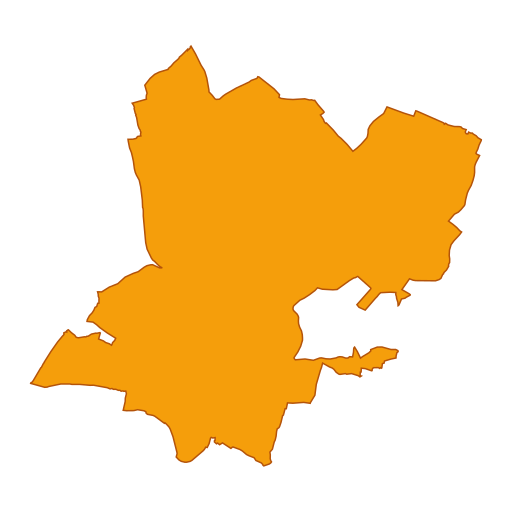 Criseni, Salaj, Romania (Albers equal-area conic projection)
{"feature_id": "2599482B83066193971457", "entity_name": "Criseni", "entity_type": "district", "adm_level": 2, "iso_a3": "ROU", "parent_name": "Romania", "parent_adm1": "Salaj", "projection": "albers", "projection_center": [23.064, 47.251], "detail": "fine", "context": "isolated", "style": "filled", "palette": "amber", "viewbox_px": 512, "rotation_deg": 0, "n_neighbors": 0, "source": "geoboundaries", "source_scale": "gbopen_adm2", "svg_char_len": 6023}
<svg xmlns="http://www.w3.org/2000/svg" viewBox="0 0 512 512"><path d="M361.3,376.0L360.1,375.6L360.3,372.1L361.1,372.0L361.3,368.2L365.3,368.6L371.6,370.8L372.1,370.6L372.2,369.3L372.7,368.4L373.6,367.7L378.3,367.6L379.7,368.4L380.6,367.6L381.3,368.2L381.8,367.9L382.4,363.6L384.1,363.1L384.5,361.0L390.8,359.1L396.0,358.0L396.1,355.9L396.9,352.6L398.1,351.7L397.9,350.6L395.7,349.5L391.0,349.5L382.0,347.0L377.2,347.1L370.7,349.6L370.8,350.9L369.0,352.7L362.7,356.5L360.5,358.1L357.4,351.7L354.6,347.1L354.0,347.7L353.7,348.8L353.5,352.1L352.6,356.9L349.6,356.7L348.0,358.0L345.8,358.1L342.2,356.9L339.9,356.7L338.1,357.0L336.1,357.9L330.2,359.0L326.1,358.8L321.6,357.9L319.7,358.0L313.4,360.3L305.0,359.0L295.3,359.8L294.5,358.9L294.1,358.2L294.1,357.5L297.8,352.0L300.7,346.2L302.5,340.2L302.5,337.9L302.3,334.7L301.5,331.0L299.6,327.1L298.6,323.8L298.4,321.1L298.6,317.6L298.3,316.3L297.1,314.1L293.8,310.8L293.1,309.6L293.0,308.0L293.4,306.4L293.9,305.6L299.9,300.2L304.2,298.1L309.6,294.6L315.0,290.5L317.5,287.8L322.3,289.2L332.9,289.8L337.1,289.5L349.4,280.6L353.7,278.0L355.5,277.6L357.4,276.5L357.9,276.5L370.6,287.8L370.9,288.4L370.6,289.2L356.9,304.7L359.0,307.3L365.2,310.1L375.4,298.3L377.2,296.5L378.8,294.4L380.6,292.7L390.1,292.2L395.8,292.5L395.8,294.7L396.4,296.5L396.6,298.4L397.9,302.4L398.1,305.7L398.6,305.4L399.2,304.4L401.5,299.0L405.0,298.2L406.2,297.3L410.1,295.2L410.2,294.6L409.0,293.7L401.9,289.6L409.5,278.8L413.1,280.2L415.7,280.6L435.5,280.8L439.1,279.6L440.9,278.4L442.7,274.4L443.5,273.9L443.9,272.6L446.5,270.0L448.7,266.2L448.5,265.5L448.8,263.8L449.6,262.6L449.7,258.9L449.2,255.5L449.5,250.0L451.1,244.6L454.1,240.6L459.6,234.7L461.6,232.0L459.8,230.8L456.8,227.6L453.0,224.4L448.5,221.1L454.4,214.2L458.4,212.1L460.9,209.7L464.4,205.6L464.9,204.4L465.6,199.8L467.3,193.1L468.5,190.3L471.2,185.4L473.0,180.3L474.2,175.7L474.6,172.5L474.6,166.8L475.1,164.8L476.0,162.5L479.6,155.5L476.8,154.2L476.0,153.4L476.2,152.4L477.8,149.1L479.1,145.0L481.2,140.6L481.3,139.7L478.0,137.8L476.1,135.7L473.3,134.1L472.4,133.1L470.7,133.1L468.6,132.1L467.9,133.9L466.3,133.8L465.6,132.9L465.3,131.9L466.2,129.6L462.5,128.5L461.1,127.0L459.5,126.6L454.2,126.5L448.0,124.9L445.6,123.3L444.3,124.2L444.0,123.2L443.0,122.6L416.9,111.1L415.8,110.8L413.7,116.2L403.8,113.1L387.0,106.9L383.9,113.1L383.2,113.9L378.9,117.0L373.5,121.4L369.9,125.8L368.2,129.4L368.0,133.3L367.4,136.5L366.7,138.0L361.1,144.3L356.8,148.3L352.9,151.3L347.1,144.4L341.1,138.4L338.2,136.1L333.3,130.1L326.4,123.0L325.8,123.4L325.5,123.3L324.1,121.5L323.5,119.6L320.4,115.0L322.8,113.5L324.1,112.2L323.8,111.5L318.0,104.8L314.7,100.3L313.8,100.5L311.5,99.8L309.6,100.0L304.8,98.8L293.0,99.5L287.2,99.2L281.0,98.4L279.0,97.4L279.5,94.7L274.0,88.8L259.0,77.0L257.8,76.7L257.2,78.0L256.6,78.5L251.3,80.4L249.2,82.0L236.4,88.0L225.6,94.2L223.2,95.9L219.5,99.2L216.1,99.4L214.9,98.8L212.3,95.4L209.0,91.9L208.9,89.9L206.8,78.1L204.8,71.5L203.9,69.7L201.1,65.3L195.5,53.9L191.0,46.1L190.3,46.9L190.6,47.4L189.0,49.4L188.4,49.6L187.8,50.3L187.7,49.2L181.7,55.2L179.4,57.1L178.8,58.5L173.8,62.9L171.1,66.1L168.4,68.4L168.1,69.4L159.2,72.1L154.6,74.4L150.1,78.4L144.8,85.2L147.1,93.2L146.4,95.2L146.2,97.3L146.4,99.2L132.2,103.2L133.6,105.3L134.4,107.5L134.1,108.5L135.3,113.4L136.0,114.4L135.7,115.1L136.6,117.5L137.9,125.1L139.1,128.5L140.2,130.1L140.3,131.1L140.9,132.1L140.5,134.5L140.9,135.9L137.8,136.4L137.0,137.1L136.5,138.1L135.8,138.5L132.8,139.2L128.0,139.3L128.3,141.5L129.6,148.0L131.4,152.5L132.4,156.6L133.4,161.3L134.4,168.8L135.3,172.4L136.4,175.0L139.2,180.1L140.7,186.9L142.3,200.0L142.6,207.4L143.1,208.6L143.3,211.0L143.3,216.1L145.7,242.6L147.1,249.1L151.3,257.9L152.7,260.0L154.6,261.4L157.8,264.7L160.4,266.9L162.3,267.8L159.6,267.9L152.6,264.7L150.6,264.8L146.9,265.7L144.2,267.2L138.2,271.7L133.2,273.4L125.1,277.1L117.8,283.7L109.3,287.1L101.7,291.9L97.6,291.8L98.2,294.2L98.3,296.3L99.0,298.1L98.9,303.2L97.7,303.3L96.7,306.5L95.0,307.4L93.9,310.1L92.2,312.8L89.5,315.6L87.3,319.7L87.0,321.4L93.0,322.1L96.5,324.6L99.8,327.6L107.2,332.9L115.7,338.2L114.7,340.4L112.6,342.6L112.0,344.4L111.5,345.2L109.2,343.7L105.8,342.6L103.4,340.9L98.6,339.0L100.3,333.0L99.9,332.6L96.7,333.3L95.9,333.1L91.4,334.1L88.2,336.2L86.7,336.3L85.9,336.9L84.4,336.8L78.3,337.8L76.2,337.3L74.7,335.2L71.3,332.6L68.4,329.8L67.6,330.1L67.5,330.4L66.7,330.8L66.7,332.1L66.0,331.8L63.8,332.9L64.0,334.3L63.5,335.1L62.4,336.2L57.6,342.0L50.8,351.7L44.2,362.2L44.3,362.5L43.4,363.5L41.4,367.4L40.8,367.8L33.2,380.7L31.6,382.7L31.0,382.7L30.7,383.4L44.7,387.3L47.2,387.1L48.7,386.5L60.7,384.0L70.0,384.0L71.9,384.4L79.8,384.4L90.0,385.3L93.5,385.2L107.3,387.7L110.1,388.9L112.0,388.5L113.3,389.3L115.9,389.3L118.2,390.3L120.0,390.3L121.1,391.2L123.0,390.9L123.8,391.3L125.8,391.1L126.4,393.8L125.3,398.1L125.2,401.5L123.2,410.3L126.5,410.7L133.8,410.6L137.6,409.7L144.1,410.8L145.9,411.8L146.1,413.1L147.4,414.3L153.0,415.4L154.6,416.1L164.4,423.3L164.9,422.8L166.5,424.2L169.1,427.1L170.2,429.1L173.0,436.7L176.9,452.2L177.1,453.7L176.2,457.0L178.8,459.8L181.2,461.3L184.8,462.2L186.6,462.2L190.1,461.4L191.9,460.4L203.1,450.8L204.4,449.4L205.7,447.2L207.2,447.5L209.1,443.6L210.5,438.2L211.2,437.4L212.8,438.0L215.1,437.6L215.1,439.9L215.1,440.3L214.5,440.6L214.4,441.9L216.5,443.8L217.6,443.1L219.6,444.7L222.5,442.9L230.9,448.4L232.4,447.1L233.1,447.0L239.9,449.5L242.4,451.0L246.5,454.5L249.1,455.8L254.1,457.7L255.9,460.5L261.3,462.9L262.8,464.5L263.0,465.3L263.8,465.9L269.3,464.0L270.7,463.0L271.5,461.9L270.7,460.6L270.2,458.7L270.3,454.8L269.9,452.1L272.4,449.2L274.2,442.1L275.2,440.0L276.1,436.1L276.6,431.3L277.2,428.9L279.0,427.6L279.6,426.5L281.0,422.4L282.6,415.7L283.4,415.1L285.1,408.7L286.3,408.7L287.5,402.9L292.9,403.2L303.7,402.4L310.2,403.3L310.3,402.8L314.9,395.2L316.3,384.3L320.4,370.3L321.5,367.4L322.6,363.1L329.6,367.0L332.2,368.0L333.9,369.3L336.2,372.3L338.8,374.1L339.9,374.4L345.4,373.6L346.7,374.2L351.6,373.6L358.3,375.7L359.9,376.9L361.3,376.0Z" fill="#f59e0b" stroke="#b45309" stroke-width="1.5"/></svg>